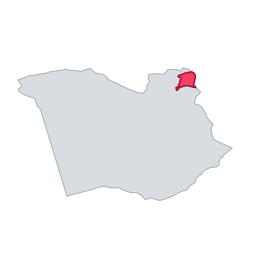 Yumbe on a map of Uganda (Robinson projection), rotated 73°
{"feature_id": "UGA-3086", "entity_name": "Yumbe", "entity_type": "District", "adm_level": 1, "iso_a3": "UGA", "parent_name": "Uganda", "parent_adm1": "", "projection": "robinson", "projection_center": [31.315, 3.455], "detail": "fine", "context": "in_parent", "style": "filled", "palette": "rose", "viewbox_px": 256, "rotation_deg": 73, "n_neighbors": 0, "source": "natural_earth", "source_scale": "10m", "svg_char_len": 2670}
<svg xmlns="http://www.w3.org/2000/svg" viewBox="0 0 256 256"><g transform="rotate(73 128 128)"><path d="M175.5,206.3L172.3,206.3L167.2,206.3L162.0,206.3L156.8,206.3L151.7,206.3L146.5,206.3L141.3,206.3L136.1,206.3L131.0,206.3L125.8,206.3L120.6,206.3L115.5,206.3L110.3,206.3L105.1,206.3L99.9,206.3L94.8,206.3L89.6,206.3L86.6,206.3L85.9,206.2L85.5,206.1L83.6,206.5L81.6,207.9L79.4,208.5L77.1,208.3L76.8,208.4L75.7,208.4L74.0,208.3L72.5,208.7L71.3,210.0L70.1,212.1L68.0,214.6L66.3,216.8L64.9,218.4L61.7,221.0L60.0,221.7L59.1,221.6L58.5,221.1L57.5,217.8L56.9,217.3L50.6,219.0L49.7,219.0L49.8,218.0L49.3,210.2L49.2,205.5L50.1,202.5L50.5,199.1L50.6,196.1L51.7,190.9L51.3,187.8L52.8,177.0L53.2,175.3L53.8,170.1L54.7,168.4L55.5,167.8L56.6,164.6L58.6,159.5L60.1,156.9L59.8,151.1L60.0,147.2L60.3,146.3L63.4,144.9L67.3,141.2L69.0,137.0L71.3,134.3L75.9,132.5L89.4,117.9L95.7,110.0L98.4,106.0L98.5,104.5L99.0,102.6L97.9,101.1L96.6,99.8L96.2,98.5L95.1,97.9L93.5,97.9L92.4,97.0L91.2,95.3L90.0,94.1L86.1,94.2L83.2,92.4L83.2,90.0L84.4,85.1L86.6,79.5L86.7,78.0L86.4,76.7L85.9,75.6L84.9,74.4L83.9,73.1L84.7,69.1L86.1,65.2L87.2,63.2L88.4,61.0L88.0,59.2L86.4,58.3L87.2,56.6L89.0,53.6L92.5,50.6L95.5,48.6L97.5,48.6L101.5,50.2L105.0,52.1L107.0,52.2L109.4,51.4L114.3,48.0L115.5,49.1L116.9,51.1L118.5,54.5L121.5,56.0L123.0,57.1L124.1,57.4L124.7,57.1L125.9,54.5L127.3,53.0L129.9,51.2L135.7,49.8L139.8,49.3L141.6,49.0L144.5,48.2L149.1,45.5L153.7,49.0L158.6,49.6L163.4,49.6L164.9,48.6L165.7,47.7L170.8,42.0L177.6,34.3L182.1,45.2L183.7,45.8L183.4,46.8L183.1,47.7L186.0,50.3L189.7,51.7L191.0,53.1L191.1,54.5L189.9,60.9L190.1,62.7L191.3,69.1L193.5,70.5L195.4,77.0L199.3,79.7L199.9,80.5L200.8,83.6L202.0,87.0L202.9,87.8L203.5,88.0L204.6,91.6L204.0,93.7L204.9,99.8L206.3,105.4L206.7,112.0L206.8,114.9L206.7,116.7L206.4,119.2L205.7,120.6L204.4,122.0L203.1,124.2L201.9,126.6L201.1,127.8L201.7,131.4L201.6,132.3L201.2,132.8L199.5,133.3L197.2,134.3L195.8,135.2L193.9,137.0L192.3,139.0L190.3,144.7L186.8,149.2L186.3,150.7L183.0,153.4L181.6,156.7L180.7,160.7L179.4,163.6L176.7,167.6L176.1,173.9L176.1,186.4L175.4,200.7L175.5,206.3Z" fill="#d9dde1" stroke="#a8b0b8" stroke-width="1"/><path d="M106.3,52.9L106.6,52.6L107.0,52.1L107.5,51.8L108.9,51.5L108.1,53.7L106.6,55.9L104.6,59.4L104.3,62.9L104.5,67.3L106.3,69.7L106.0,70.6L103.4,70.2L103.3,68.7L102.7,67.3L101.9,67.1L101.2,66.9L100.8,66.1L100.3,65.6L98.8,65.1L97.6,64.1L97.0,63.5L96.2,63.2L95.5,63.0L94.9,63.4L94.6,64.2L94.1,64.7L93.3,64.9L92.6,64.2L92.5,60.5L92.2,56.9L92.6,52.6L93.1,50.4L93.3,50.3L94.1,49.6L95.2,48.6L95.9,48.4L97.3,48.4L98.5,48.6L99.7,49.0L102.1,50.5L105.8,52.7L106.3,52.9Z" fill="#f43f5e" stroke="#9f1239" stroke-width="1.5"/></g></svg>